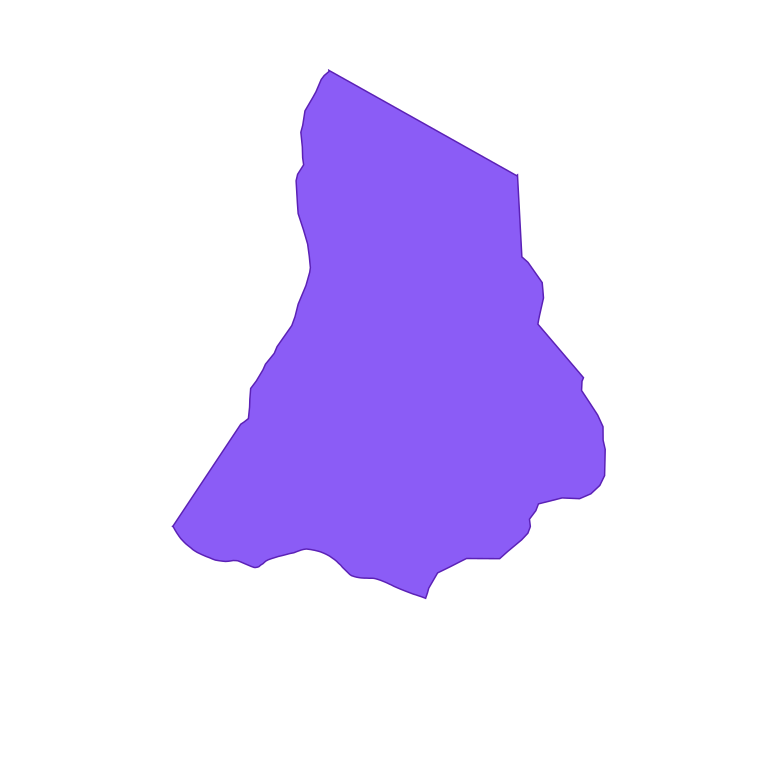 the district of Fond Sabot, Vieux Fort, Saint Lucia, rotated 307°
{"feature_id": "8701671B44376877134949", "entity_name": "Fond Sabot", "entity_type": "district", "adm_level": 2, "iso_a3": "LCA", "parent_name": "Saint Lucia", "parent_adm1": "Vieux Fort", "projection": "equal_earth", "projection_center": [-60.957, 13.777], "detail": "fine", "context": "isolated", "style": "filled", "palette": "violet", "viewbox_px": 768, "rotation_deg": 307, "n_neighbors": 0, "source": "geoboundaries", "source_scale": "gbopen_adm2", "svg_char_len": 2367}
<svg xmlns="http://www.w3.org/2000/svg" viewBox="0 0 768 768"><g transform="rotate(307 384 384)"><path d="M237.9,546.2L243.4,544.4L247.9,542.6L265.4,540.5L270.7,543.2L277.6,546.7L288.5,552.0L294.3,554.9L308.0,573.3L314.1,581.5L316.2,581.9L324.8,583.6L342.3,587.7L351.4,588.7L356.9,587.1L358.3,586.6L363.6,581.5L374.3,581.5L374.9,581.3L381.2,579.5L400.2,594.8L410.1,609.2L419.4,614.5L420.8,615.3L432.9,617.4L443.6,615.3L456.3,606.2L464.9,600.0L471.0,592.8L481.7,584.6L487.8,573.3L492.9,559.2L497.7,545.7L504.6,541.0L505.3,540.5L506.5,540.2L509.1,539.5L520.3,489.3L524.4,470.9L528.3,468.9L532.7,466.8L548.7,459.6L554.9,454.1L560.2,449.3L567.8,425.8L568.2,421.2L568.5,417.6L630.2,365.7L630.7,365.3L631.3,364.8L630.2,364.5L613.0,237.3L601.3,151.2L600.5,152.0L594.4,150.6L589.4,150.6L576.5,153.8L570.1,154.7L554.6,156.5L541.7,163.4L535.0,166.1L524.2,176.1L515.7,182.9L510.7,187.9L499.5,188.8L493.4,191.5L476.2,206.1L468.4,212.9L458.6,227.0L449.8,238.8L441.1,247.4L432.6,255.2L428.6,257.4L415.7,262.4L396.1,267.4L384.3,272.4L375.2,275.2L349.5,276.1L342.4,277.9L328.5,277.4L322.5,278.8L309.6,280.2L300.2,280.2L291.0,286.1L284.6,290.6L274.8,296.5L269.4,295.1L265.7,293.8L143.6,301.0L143.1,300.8L143.0,301.9L141.6,305.0L140.3,308.3L139.5,310.7L139.0,312.1L138.2,314.9L137.4,319.6L137.1,322.0L137.0,324.7L136.9,328.5L136.7,330.8L136.8,333.0L137.1,336.1L138.1,341.1L139.2,345.7L140.3,349.4L141.0,352.4L141.9,355.3L143.5,358.4L145.3,361.6L146.9,364.2L148.7,366.3L150.5,368.1L152.3,369.8L154.1,372.4L154.9,373.8L155.7,376.8L156.6,380.5L157.5,384.1L158.4,387.7L159.3,390.6L159.9,391.6L161.6,393.2L162.8,394.0L165.2,394.5L167.8,395.5L169.7,395.8L171.5,396.2L173.9,397.3L176.8,399.2L180.7,402.0L182.8,403.5L185.4,405.7L188.3,408.0L191.9,410.8L195.0,413.6L197.8,415.3L201.6,417.8L203.6,419.4L205.5,421.3L207.8,425.3L208.4,426.6L209.4,428.6L210.9,432.1L211.7,434.2L212.7,437.9L213.3,440.7L213.8,444.0L213.9,447.4L214.0,450.0L213.9,452.9L213.5,455.5L213.3,458.3L212.6,461.2L211.8,467.5L211.3,471.2L211.4,473.4L212.3,476.1L213.2,478.3L214.2,480.3L215.3,482.3L217.0,484.9L218.5,486.9L220.1,489.3L221.6,491.2L222.7,492.9L223.4,494.4L224.2,496.5L225.3,499.8L226.3,503.5L227.0,506.4L227.5,509.0L227.9,510.5L228.4,513.6L229.3,517.4L230.2,521.0L231.8,526.8L233.8,533.7L234.9,536.7L235.5,538.6L236.6,541.8L237.2,543.8L237.9,546.2Z" fill="#8b5cf6" stroke="#5b21b6" stroke-width="1.5"/></g></svg>